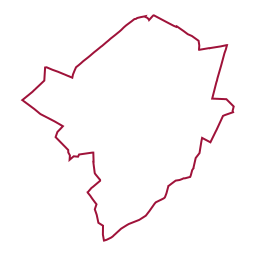 outline of Stende, Talsi, Latvia
{"feature_id": "27541924B78924471245845", "entity_name": "Stende", "entity_type": "district", "adm_level": 2, "iso_a3": "LVA", "parent_name": "Latvia", "parent_adm1": "Talsi", "projection": "albers", "projection_center": [22.538, 57.141], "detail": "fine", "context": "isolated", "style": "outline", "palette": "rose", "viewbox_px": 256, "rotation_deg": 0, "n_neighbors": 0, "source": "geoboundaries", "source_scale": "gbopen_adm2", "svg_char_len": 2352}
<svg xmlns="http://www.w3.org/2000/svg" viewBox="0 0 256 256"><path d="M190.2,176.9L190.9,175.0L192.2,170.1L193.5,168.2L193.4,168.1L195.7,158.0L199.5,153.1L201.4,141.3L202.1,137.9L210.4,142.3L215.8,131.3L216.0,130.9L216.2,130.6L221.4,119.4L223.0,115.9L225.1,115.0L233.1,112.2L232.6,110.9L233.7,106.5L226.4,99.2L212.2,98.6L216.5,81.8L216.6,81.7L217.1,80.1L217.1,79.9L217.4,78.5L221.1,65.7L224.5,53.1L225.8,49.5L226.8,45.8L227.0,45.1L226.8,45.1L220.7,46.4L210.6,48.0L209.4,48.3L209.2,48.1L199.3,49.8L199.1,49.8L199.0,49.3L199.3,45.6L198.6,40.8L191.9,36.0L187.8,34.2L183.4,30.9L177.9,27.1L177.2,26.6L176.6,26.3L176.3,26.9L173.7,25.8L167.0,22.3L154.0,15.4L153.7,15.4L153.4,15.4L152.9,15.8L149.1,20.0L149.0,19.7L148.8,19.5L148.4,19.0L148.0,18.5L147.7,18.2L147.3,17.9L146.9,17.6L146.4,17.4L145.7,17.1L145.0,16.8L145.2,16.5L145.4,16.2L144.5,16.4L140.9,17.1L137.2,18.0L136.1,18.8L134.4,19.1L131.6,21.3L126.1,25.4L123.8,27.4L123.4,27.8L121.3,29.9L119.5,31.5L117.4,33.2L115.2,35.0L112.9,36.8L111.5,37.9L110.6,38.6L108.5,40.5L106.3,42.3L104.1,44.2L102.0,46.0L101.0,46.7L98.8,48.5L96.6,50.3L94.3,52.1L92.2,53.9L90.0,55.8L87.8,57.6L85.5,59.4L83.2,61.2L81.1,63.1L79.0,64.9L76.1,67.2L75.7,68.0L74.4,71.0L73.3,73.7L73.0,74.4L72.3,77.7L58.1,71.8L52.5,69.8L46.6,67.3L45.1,67.5L44.3,80.6L42.7,82.1L40.6,84.1L33.8,90.5L32.5,91.8L22.3,100.1L34.3,109.0L38.9,112.8L39.2,113.1L40.5,114.1L54.6,121.4L62.9,126.2L61.8,127.4L57.4,132.0L55.6,137.1L68.2,150.0L68.3,152.5L69.9,155.4L69.6,159.8L73.7,156.3L78.0,156.7L79.1,154.5L92.3,152.6L93.3,152.6L93.6,161.8L93.3,161.8L93.4,162.5L93.9,166.7L94.0,167.3L94.7,172.8L94.9,173.5L95.3,174.0L95.9,174.8L99.2,178.8L99.8,179.5L100.0,179.7L100.1,180.0L100.1,180.5L100.1,180.8L93.0,186.8L91.4,188.0L90.3,189.3L87.8,192.2L87.6,192.3L87.7,192.6L90.4,195.9L90.6,196.3L92.7,199.3L94.8,202.1L96.5,204.3L94.8,209.3L96.7,214.8L98.4,222.8L103.0,225.7L102.9,234.6L103.7,239.1L103.8,239.7L103.9,240.3L104.0,240.6L106.6,239.8L111.1,237.6L112.8,236.4L113.7,235.5L114.2,235.0L114.7,234.6L116.0,233.4L116.3,233.1L121.1,228.7L127.2,224.9L128.8,224.0L139.2,219.9L145.8,215.7L148.9,211.7L149.3,211.2L154.5,203.8L155.8,202.3L163.5,198.5L164.5,197.8L165.0,197.1L166.3,193.7L166.5,193.1L168.4,186.0L168.5,186.0L171.5,183.7L175.4,180.8L175.7,180.6L179.6,180.0L182.2,179.0L183.6,178.3L185.0,178.3L190.2,176.9Z" fill="none" stroke="#9f1239" stroke-width="2"/></svg>